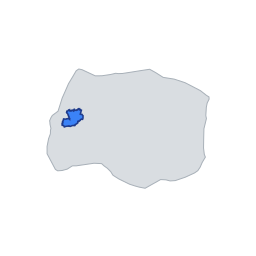 Thaba-Mokhele, Mohale's Hoek, Lesotho shown in context, rotated 51°
{"feature_id": "5366337B93418008192528", "entity_name": "Thaba-Mokhele", "entity_type": "district", "adm_level": 2, "iso_a3": "LSO", "parent_name": "Lesotho", "parent_adm1": "Mohale's Hoek", "projection": "natural_earth1", "projection_center": [27.545, -30.078], "detail": "fine", "context": "in_parent", "style": "filled", "palette": "blue", "viewbox_px": 256, "rotation_deg": 51, "n_neighbors": 0, "source": "geoboundaries", "source_scale": "gbopen_adm2", "svg_char_len": 4667}
<svg xmlns="http://www.w3.org/2000/svg" viewBox="0 0 256 256"><g transform="rotate(51 128 128)"><path d="M161.8,167.2L155.9,169.2L155.0,169.4L151.2,168.9L146.2,169.4L142.2,170.5L139.1,170.9L134.0,176.6L124.9,191.9L122.4,195.1L121.7,201.1L119.6,205.9L117.0,209.6L114.5,210.5L106.8,209.0L97.1,207.1L91.4,202.5L86.3,196.4L83.7,192.0L80.9,189.6L79.9,188.2L75.9,186.2L74.4,185.1L73.1,184.4L71.5,181.4L70.6,178.9L70.9,171.8L68.1,167.5L63.3,160.3L60.3,154.4L56.1,146.3L53.6,139.4L50.9,132.2L51.2,129.1L53.8,127.0L61.2,123.4L66.9,120.6L71.0,115.4L75.5,107.8L77.7,103.2L79.8,101.1L82.2,97.9L86.4,90.7L91.0,82.7L96.0,74.2L102.2,71.7L110.8,68.8L119.0,61.4L128.8,55.1L144.6,48.2L152.0,46.5L154.8,45.5L156.6,46.8L158.4,50.7L161.1,54.0L167.3,59.7L170.0,61.1L176.4,69.5L183.2,75.3L191.1,81.9L196.5,85.3L199.3,86.2L201.5,92.1L203.8,96.5L205.1,100.6L204.8,104.6L202.3,114.4L198.6,124.4L195.6,128.6L192.1,131.2L188.6,135.1L187.2,143.2L185.6,152.6L181.0,156.5L177.5,159.0L172.6,162.2L161.8,167.2Z" fill="#d9dde1" stroke="#a8b0b8" stroke-width="1"/><path d="M92.6,168.0L92.7,167.8L92.6,167.5L92.5,167.2L92.1,166.9L92.2,166.7L92.3,166.4L92.2,166.1L92.3,165.8L92.5,165.3L92.3,165.0L92.3,164.9L92.3,164.4L92.5,164.1L92.3,163.9L92.2,163.7L92.1,163.3L92.0,163.2L91.6,163.2L91.3,162.9L91.2,162.8L91.2,162.6L91.4,162.3L91.6,162.1L91.9,162.0L92.0,161.9L92.0,161.7L92.0,161.4L91.8,161.3L92.0,160.9L92.0,160.7L92.0,160.3L91.9,160.1L91.7,160.0L91.7,159.8L91.6,159.7L91.7,159.4L91.7,159.1L91.7,158.9L91.7,158.7L92.0,158.7L92.6,158.0L92.7,157.9L92.5,157.6L92.5,157.4L92.2,157.0L91.9,156.7L91.5,156.3L91.3,156.2L90.8,155.8L90.7,155.7L90.5,155.4L90.2,155.2L89.2,155.3L88.9,155.3L88.7,155.2L88.4,155.2L88.4,155.3L88.3,155.5L88.1,155.6L88.0,155.8L87.9,156.0L87.7,156.1L87.3,156.1L87.2,156.2L87.1,156.3L87.0,156.1L86.9,155.9L86.7,155.7L86.4,155.4L86.3,155.1L86.2,155.0L86.2,154.8L86.1,154.7L85.9,154.6L85.6,154.1L85.4,153.9L85.3,153.6L85.1,153.5L85.1,153.4L84.9,153.4L84.8,153.2L84.7,153.3L84.5,153.6L84.4,153.6L84.3,153.4L84.2,153.2L83.9,153.2L83.7,153.5L83.3,153.7L83.2,153.7L83.2,154.0L83.0,153.9L82.9,153.7L82.7,153.6L82.7,154.0L82.5,154.3L82.4,154.4L82.1,154.3L81.9,154.3L81.9,154.6L81.8,155.0L82.2,155.1L82.3,155.2L82.3,155.3L82.2,155.7L82.2,156.0L81.9,156.1L81.7,156.2L81.6,156.4L81.6,156.5L81.7,156.8L81.8,156.9L81.8,157.1L81.7,157.2L81.4,157.2L81.3,157.3L81.2,157.6L80.9,157.7L80.7,157.8L80.7,158.0L80.4,158.0L80.2,158.1L79.9,158.1L79.7,158.0L79.6,157.9L79.5,158.0L79.5,158.3L79.7,158.5L79.8,158.5L80.2,158.5L80.3,158.7L80.4,158.8L80.5,158.9L80.7,159.2L80.6,159.4L80.6,159.5L80.3,159.4L80.1,159.3L79.9,159.4L79.8,159.6L79.7,159.6L79.4,159.7L79.5,159.9L79.5,160.0L79.4,160.5L79.2,160.7L78.8,160.6L78.7,160.7L78.6,160.9L78.5,161.0L78.9,161.3L79.0,161.6L78.9,161.7L78.7,161.7L78.3,161.6L78.2,161.6L78.2,161.8L78.3,162.0L78.5,161.9L78.6,162.0L78.3,162.5L78.2,162.5L77.5,162.6L77.3,162.6L77.2,162.5L77.1,162.4L77.1,162.5L76.9,162.7L76.7,162.7L76.6,162.8L76.8,163.0L76.7,163.1L76.7,163.5L76.8,163.8L76.9,164.2L76.7,164.5L76.4,164.8L76.4,165.0L76.5,165.1L76.9,165.3L77.0,165.6L77.3,165.5L77.5,165.7L77.6,165.9L77.6,166.0L77.8,166.0L78.0,166.1L78.3,166.0L78.5,166.0L78.8,166.0L79.0,166.0L79.4,166.1L79.5,166.0L79.9,166.2L80.1,166.3L80.3,166.3L80.4,166.5L80.5,166.5L80.7,166.4L80.8,166.4L81.1,166.7L81.4,166.8L81.7,166.9L81.8,166.9L82.0,167.0L82.1,166.8L82.3,166.9L82.4,167.0L82.5,167.0L83.1,167.3L83.4,167.4L83.5,167.4L83.9,167.3L84.0,167.5L84.4,167.7L84.5,167.8L84.4,167.8L84.3,168.0L83.9,167.9L83.7,168.0L83.3,168.4L83.2,168.5L82.8,168.7L82.7,169.2L82.7,169.3L82.5,169.6L82.4,169.8L82.2,169.9L82.2,170.2L82.1,170.7L81.8,170.9L81.7,171.0L81.1,171.7L80.9,171.8L80.8,172.1L80.7,172.2L80.4,172.3L80.4,172.5L80.5,172.7L80.6,172.8L81.0,172.9L81.1,173.0L81.3,173.3L81.3,173.5L81.5,173.7L81.6,173.8L81.5,174.0L81.6,174.5L81.8,174.7L82.1,174.8L82.0,175.0L82.3,175.2L82.4,175.4L82.5,175.4L82.8,175.4L82.8,175.5L82.7,175.7L82.8,176.0L83.0,176.1L83.3,176.4L83.3,176.5L83.6,176.4L83.6,176.6L83.7,176.8L83.8,176.8L83.8,177.0L84.0,177.2L84.1,177.3L84.3,177.4L84.4,177.5L84.5,177.5L84.6,177.3L84.8,177.2L85.1,177.0L85.2,176.9L85.5,176.8L85.5,176.7L85.8,176.7L86.0,176.5L86.4,176.6L86.8,176.7L87.0,176.8L87.1,176.6L87.3,176.5L87.1,176.2L87.4,175.6L87.7,175.2L87.8,175.1L88.0,174.7L88.1,174.4L88.3,174.2L88.4,173.9L88.7,173.6L88.9,173.4L89.0,173.4L89.1,173.1L89.0,172.8L89.0,172.7L89.3,172.5L89.5,172.5L89.5,172.3L89.7,172.2L89.9,172.1L90.1,172.1L90.2,171.9L90.3,171.8L90.4,171.7L90.5,171.7L90.6,171.4L90.7,171.2L90.7,170.8L90.8,170.7L91.0,169.9L91.3,169.5L91.3,169.3L91.4,169.2L91.5,169.2L91.8,168.9L91.9,168.3L92.1,168.2L92.3,168.1L92.5,168.0L92.6,168.0Z" fill="#3b82f6" stroke="#1e3a8a" stroke-width="1.5"/></g></svg>